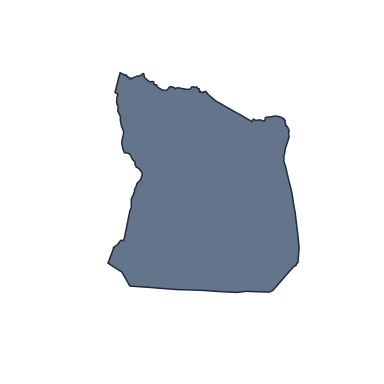 outline of San Pedro Mártir Yucuxaco, Oaxaca, Mexico, rotated 215°
{"feature_id": "50627088B78059465954493", "entity_name": "San Pedro Mártir Yucuxaco", "entity_type": "district", "adm_level": 2, "iso_a3": "MEX", "parent_name": "Mexico", "parent_adm1": "Oaxaca", "projection": "robinson", "projection_center": [-97.623, 17.452], "detail": "fine", "context": "isolated", "style": "filled", "palette": "slate", "viewbox_px": 384, "rotation_deg": 215, "n_neighbors": 0, "source": "geoboundaries", "source_scale": "gbopen_adm2", "svg_char_len": 3670}
<svg xmlns="http://www.w3.org/2000/svg" viewBox="0 0 384 384"><g transform="rotate(215 192 192)"><path d="M69.3,157.8L66.4,185.4L66.1,186.6L66.1,188.6L64.7,191.6L65.4,193.6L64.7,194.9L67.7,200.0L70.7,205.1L72.7,208.3L73.4,209.1L77.4,213.7L79.3,216.0L81.9,218.9L86.1,223.6L95.7,234.3L102.9,241.5L106.2,245.0L109.2,248.1L110.9,249.7L113.3,251.9L118.0,255.8L128.9,265.6L133.3,269.0L134.9,270.3L135.3,271.3L137.3,274.0L138.5,277.2L140.7,281.8L143.9,292.5L144.1,292.9L146.6,295.5L146.7,296.0L146.9,296.2L147.0,296.4L147.0,296.8L147.4,297.6L147.8,297.8L148.3,298.4L148.7,298.8L149.0,298.9L149.5,299.1L150.0,299.5L151.0,299.9L152.6,300.5L152.8,300.6L153.6,300.3L154.0,300.7L154.8,301.9L154.9,302.0L156.1,302.8L156.6,303.8L156.8,303.8L157.2,303.8L157.2,304.0L157.9,304.4L158.2,304.3L158.4,304.5L158.9,304.7L163.6,304.0L163.7,303.8L164.0,303.7L164.8,303.3L166.7,302.3L167.5,301.8L168.2,301.3L171.1,298.2L171.7,297.8L173.9,296.1L174.4,294.4L173.6,293.1L173.5,291.6L174.7,291.1L175.1,290.7L176.0,290.6L177.6,290.3L178.2,289.3L179.3,288.7L180.5,287.5L181.3,287.0L182.6,287.2L183.6,286.6L183.1,284.1L185.2,284.1L185.6,283.9L186.2,283.8L192.2,283.3L193.9,283.3L204.2,282.1L222.9,280.4L224.6,280.2L228.2,280.6L234.6,281.0L234.8,281.1L235.5,281.6L237.4,281.9L238.3,282.4L238.9,281.8L239.7,280.8L240.2,280.5L240.2,279.8L241.0,279.1L241.6,279.1L241.7,278.8L242.4,279.0L243.3,278.3L243.7,278.6L243.6,279.2L244.1,279.1L244.4,279.3L244.7,279.6L245.4,280.6L245.7,280.3L247.3,280.2L248.2,280.8L248.6,280.7L248.7,280.4L249.1,279.9L249.5,279.3L251.2,278.9L252.4,278.0L252.6,274.9L255.0,273.2L256.4,272.4L257.7,272.0L258.8,271.4L259.5,271.0L262.2,269.9L263.8,268.9L264.7,267.8L265.1,266.9L265.6,267.2L268.0,266.9L268.7,266.8L270.4,265.6L270.8,264.1L270.6,263.1L271.0,261.6L271.2,261.1L271.7,260.3L273.4,259.1L277.5,258.2L281.6,258.3L282.0,258.8L282.3,259.5L283.1,259.1L284.4,258.3L284.7,258.3L285.6,259.2L285.7,259.4L286.2,260.1L287.1,260.3L287.9,259.7L288.2,259.6L288.9,258.7L289.6,258.1L290.3,258.0L291.2,258.1L292.5,258.2L293.0,258.1L296.9,258.7L297.3,258.9L297.7,259.3L297.8,259.7L298.0,260.0L298.4,260.4L298.7,260.6L299.0,261.0L299.3,261.2L299.7,261.1L300.0,261.0L301.4,256.9L302.0,256.5L303.6,255.4L304.7,253.2L305.4,252.6L306.5,250.1L307.1,250.3L307.3,250.0L307.7,248.9L307.9,248.9L308.1,248.8L308.8,249.8L310.6,249.4L310.9,249.2L311.1,249.5L311.9,249.4L312.3,250.0L312.6,250.2L313.0,250.1L313.9,249.4L317.9,248.7L319.3,248.5L317.2,242.5L312.2,229.4L309.9,229.5L309.7,229.5L309.0,229.6L308.7,229.2L308.6,228.6L308.4,228.3L308.0,228.0L307.9,228.0L307.7,226.0L306.2,224.1L305.8,223.0L303.6,220.7L302.9,220.3L301.8,219.9L298.9,215.4L298.6,215.4L294.5,213.1L294.2,212.9L294.2,212.7L293.7,212.7L292.3,210.1L287.7,205.6L283.7,203.1L282.7,202.2L282.1,201.4L281.6,200.8L281.4,200.3L281.1,199.4L280.5,198.0L279.8,196.0L278.7,193.8L277.4,191.6L274.6,188.8L271.9,186.6L269.7,185.4L268.8,185.9L267.4,186.9L265.0,187.2L263.4,186.9L261.9,186.0L259.5,184.6L258.3,184.3L256.0,183.9L254.6,181.9L251.8,180.4L249.7,180.8L248.0,180.5L243.7,179.1L242.6,177.0L241.2,172.9L241.9,167.9L241.8,166.8L241.0,164.6L240.8,164.1L240.6,161.8L240.2,160.5L239.1,159.0L238.9,158.4L239.1,158.1L239.1,157.3L238.4,156.8L238.4,155.2L238.4,154.3L238.2,153.5L237.8,152.4L237.7,151.4L232.9,144.6L232.8,144.1L232.4,142.9L232.4,141.6L232.2,141.2L220.6,114.6L220.4,112.7L221.0,112.7L221.3,112.4L222.1,111.9L222.7,111.3L222.9,106.0L223.9,103.3L224.2,102.1L224.5,101.6L223.7,99.9L220.0,85.5L203.4,86.2L189.0,79.3L178.5,85.6L171.7,89.7L164.5,93.9L147.3,104.1L138.3,110.1L125.8,118.2L115.6,124.2L104.4,131.2L97.7,135.4L90.7,141.7L83.7,146.2L78.8,149.4L71.3,154.3L69.3,157.8Z" fill="#64748b" stroke="#1e293b" stroke-width="1.5"/></g></svg>